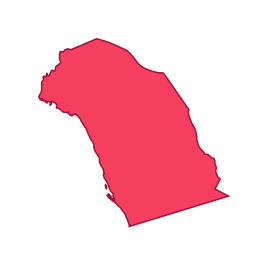 SVG path tracing the border of Red Sea, rotated 163°
{"feature_id": "SDN-149", "entity_name": "Red Sea", "entity_type": "State", "adm_level": 1, "iso_a3": "SDN", "parent_name": "Sudan", "parent_adm1": "", "projection": "equal_earth", "projection_center": [36.534, 19.492], "detail": "fine", "context": "isolated", "style": "filled", "palette": "rose", "viewbox_px": 256, "rotation_deg": 163, "n_neighbors": 0, "source": "natural_earth", "source_scale": "10m", "svg_char_len": 4728}
<svg xmlns="http://www.w3.org/2000/svg" viewBox="0 0 256 256"><g transform="rotate(163 128 128)"><path d="M204.2,183.9L200.2,188.2L199.4,189.7L197.7,195.5L197.0,197.1L196.4,197.7L195.0,198.6L194.5,199.2L194.4,199.9L194.4,200.7L194.3,201.5L193.9,202.1L193.2,202.2L192.7,201.8L192.3,201.2L191.8,200.9L190.8,201.3L190.7,201.3L190.5,201.7L190.6,201.9L190.6,202.2L190.6,202.6L190.3,203.3L189.9,203.8L189.4,203.8L189.3,203.0L189.3,202.2L189.3,201.6L189.0,201.2L188.4,201.2L187.7,201.5L185.8,203.2L184.9,204.7L184.3,205.2L183.7,205.4L183.0,205.2L182.2,204.1L181.6,203.9L180.6,204.6L179.4,207.5L178.2,208.2L177.1,208.4L173.4,210.0L173.1,210.2L173.0,210.6L173.3,212.4L173.3,213.1L173.2,214.6L173.0,215.4L172.4,216.8L172.3,217.7L172.0,218.5L170.5,220.9L167.8,220.0L167.0,220.0L165.6,221.1L164.8,221.2L164.4,221.1L162.8,221.4L162.5,221.4L161.5,220.5L161.2,220.4L160.4,220.2L159.9,219.9L159.5,219.6L159.0,219.3L158.5,219.4L158.3,219.7L132.4,222.5L131.9,222.4L131.1,222.1L121.0,215.3L107.1,203.2L106.1,201.9L105.6,201.1L102.9,195.6L99.2,186.3L98.7,185.3L97.7,183.8L94.3,179.8L87.8,174.8L82.6,171.9L78.4,170.4L78.0,170.1L77.8,169.5L64.7,128.6L64.6,128.1L64.7,127.8L64.7,127.5L65.7,124.9L66.0,123.2L66.1,122.2L66.1,120.5L65.7,114.3L64.4,108.6L64.2,106.5L64.3,103.6L64.8,99.7L65.4,97.5L65.9,96.5L65.9,96.4L65.9,96.2L65.7,95.7L65.6,95.1L65.6,92.9L65.8,91.3L65.8,91.0L65.8,90.6L65.6,89.8L65.3,88.5L64.8,87.2L64.5,86.5L64.0,85.2L63.8,84.8L63.6,84.6L63.4,84.3L63.3,84.2L62.8,82.9L62.2,80.8L62.2,80.7L62.0,80.4L61.9,80.3L61.7,80.2L60.3,79.8L60.0,79.7L59.7,79.5L59.5,79.3L59.0,78.8L58.8,78.6L57.1,75.6L56.8,75.2L55.3,74.1L55.0,73.8L54.9,73.7L54.6,72.9L54.5,72.7L54.5,72.2L54.5,71.4L54.6,71.0L55.1,69.1L55.3,68.3L55.3,67.0L55.1,64.4L55.2,64.1L55.3,63.8L56.2,62.3L56.4,62.0L56.5,61.6L56.6,61.3L56.8,59.9L56.9,59.4L56.9,59.0L56.8,58.3L56.6,57.6L56.6,57.4L56.6,55.7L56.5,55.3L56.3,54.5L56.2,54.4L56.2,54.2L55.6,53.6L55.1,52.9L54.7,52.2L62.7,44.2L51.7,33.5L52.3,33.5L58.2,33.5L64.7,33.5L71.2,33.5L77.3,33.5L77.5,33.5L84.2,33.5L90.7,33.5L97.2,33.5L103.7,33.5L110.1,33.5L116.6,33.5L123.1,33.5L129.6,33.5L136.1,33.5L142.6,33.5L149.1,33.5L155.6,33.5L155.5,34.1L155.4,34.3L154.9,34.4L154.4,34.6L155.1,35.3L155.3,35.8L155.3,40.3L156.0,45.4L155.7,46.5L156.1,46.8L156.2,47.2L156.2,47.7L156.4,48.1L156.7,48.5L156.9,48.9L158.4,53.4L162.1,60.4L164.4,63.3L167.4,68.1L167.6,68.7L167.6,69.4L167.4,70.1L167.0,70.4L166.5,70.1L165.9,70.6L165.4,70.1L164.7,68.4L164.5,68.1L164.3,67.6L164.2,67.2L164.4,67.0L164.7,67.2L164.9,67.5L165.1,67.8L165.2,68.2L165.9,68.8L166.3,69.0L166.5,68.8L166.4,68.5L165.7,67.5L165.3,66.1L165.0,65.5L164.6,65.7L163.8,65.0L163.6,65.4L163.3,65.3L163.2,64.9L163.0,64.4L163.1,64.0L163.3,63.5L163.3,63.1L163.0,62.6L162.3,62.4L161.8,63.1L161.6,64.1L161.7,65.0L161.8,65.2L162.2,65.2L162.3,65.5L162.2,65.9L162.1,66.2L162.2,67.2L162.2,67.6L162.1,68.0L161.8,68.4L161.5,68.5L161.3,68.7L161.3,69.3L161.4,69.7L162.3,70.9L163.0,73.1L163.4,75.4L163.6,80.4L164.0,82.7L165.3,87.2L165.4,89.6L165.3,90.2L165.1,90.8L164.9,91.2L164.0,91.0L163.9,91.5L164.0,92.6L163.8,95.3L164.0,96.8L164.0,97.4L164.7,99.6L164.9,100.9L165.1,102.2L165.2,104.0L164.8,105.4L164.8,105.6L164.7,106.1L164.4,106.6L164.2,107.0L164.2,108.0L164.4,109.3L166.2,115.2L166.4,116.5L166.4,119.0L166.3,119.6L166.2,120.0L165.7,120.9L165.6,121.5L165.8,123.7L165.8,124.5L165.8,124.8L166.0,125.1L166.4,126.1L167.0,128.3L168.1,136.3L168.3,140.2L168.4,140.6L168.7,140.9L168.9,141.1L169.1,141.4L169.1,141.6L169.0,142.1L169.0,142.4L169.6,143.6L170.0,145.5L170.6,147.9L171.0,149.5L171.2,151.4L171.6,152.1L172.2,153.6L172.8,155.0L173.8,156.1L173.9,156.5L174.2,157.0L174.5,157.2L174.8,157.0L175.2,156.8L175.4,156.9L177.0,156.5L178.0,156.0L178.1,156.7L178.7,157.1L179.3,157.3L179.8,157.2L180.0,157.6L180.1,158.3L180.5,158.8L180.3,160.3L180.8,160.0L181.1,159.8L181.4,160.1L181.9,160.8L185.1,161.9L186.2,163.4L187.0,165.1L188.3,166.6L189.0,167.3L190.3,167.9L190.6,168.4L190.3,169.1L189.5,169.6L189.3,170.9L190.1,173.0L191.5,174.6L193.0,175.1L194.1,174.8L194.3,173.4L194.8,173.2L195.8,172.5L196.0,172.9L195.8,173.2L195.4,173.5L195.1,173.7L195.0,174.0L195.1,174.5L195.0,174.9L194.7,175.3L194.2,175.5L193.9,175.5L193.5,175.5L193.3,175.8L193.7,175.8L194.7,175.6L195.1,175.7L195.3,175.9L195.5,176.1L195.8,176.3L196.2,176.5L197.0,176.6L197.4,176.8L197.8,176.9L198.1,176.7L198.2,176.4L197.8,176.1L198.2,175.6L198.8,176.3L199.7,178.2L199.5,178.7L199.9,179.1L200.6,179.1L201.1,178.7L201.4,179.3L201.5,180.8L201.7,181.3L202.2,181.4L202.5,180.8L202.5,180.0L202.1,179.2L202.5,179.6L203.7,181.2L203.9,181.7L203.9,182.3L204.0,182.7L204.3,183.6L204.2,183.9ZM166.3,76.3L166.6,76.6L166.8,77.1L166.5,79.6L166.3,80.2L166.0,80.3L165.7,79.4L165.7,78.2L165.9,77.1L166.3,76.3Z" fill="#f43f5e" stroke="#9f1239" stroke-width="1.5"/></g></svg>